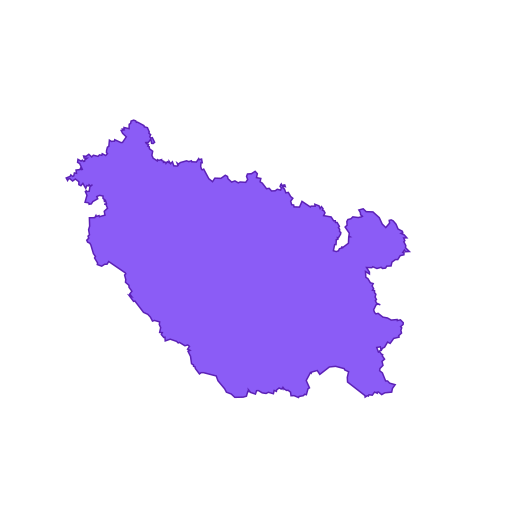 Tamazula de Gordiano, Jalisco, Mexico (Equal Earth projection), rotated 137°
{"feature_id": "50627088B40756247802692", "entity_name": "Tamazula de Gordiano", "entity_type": "district", "adm_level": 2, "iso_a3": "MEX", "parent_name": "Mexico", "parent_adm1": "Jalisco", "projection": "equal_earth", "projection_center": [-103.178, 19.686], "detail": "fine", "context": "isolated", "style": "filled", "palette": "violet", "viewbox_px": 512, "rotation_deg": 137, "n_neighbors": 0, "source": "geoboundaries", "source_scale": "gbopen_adm2", "svg_char_len": 6143}
<svg xmlns="http://www.w3.org/2000/svg" viewBox="0 0 512 512"><g transform="rotate(137 256 256)"><path d="M145.4,217.4L149.4,219.5L150.0,216.7L151.4,214.8L151.1,212.5L151.9,212.6L154.9,214.3L158.5,218.6L161.2,218.5L163.9,220.0L166.0,219.3L168.4,216.4L171.1,216.4L172.2,209.1L174.5,207.2L174.1,205.9L175.2,206.7L179.7,202.3L186.5,203.0L187.2,204.6L187.3,203.1L190.0,204.4L192.2,203.6L194.3,204.5L195.8,207.1L190.7,210.7L189.7,209.8L186.1,213.2L184.8,212.4L183.9,213.9L183.4,213.1L179.2,214.3L177.9,215.4L178.2,216.9L176.6,218.5L176.4,220.5L174.8,220.8L173.8,225.2L175.0,226.3L174.0,227.7L175.2,228.8L174.4,233.3L179.0,239.4L176.1,240.5L175.5,243.0L176.1,244.2L174.7,244.9L174.5,247.5L176.7,247.0L175.7,249.7L177.7,253.7L178.8,252.1L181.7,254.9L182.8,254.8L185.1,264.6L190.8,262.1L194.7,266.0L193.7,267.6L194.9,269.2L193.3,272.4L189.7,273.1L190.1,275.8L189.0,280.5L191.1,281.8L189.5,285.7L189.9,286.9L188.9,288.8L187.3,286.7L186.5,288.4L189.4,290.5L188.6,291.4L189.1,291.4L191.0,290.4L190.9,288.6L193.1,287.4L194.9,290.3L197.5,290.6L200.3,293.0L200.2,296.5L202.4,298.0L201.7,305.0L202.4,307.5L199.6,309.4L202.2,313.0L198.9,315.3L198.9,318.5L203.2,319.3L206.3,321.8L208.6,320.7L209.9,317.6L213.3,316.9L217.2,321.0L219.1,321.6L220.2,325.3L223.4,326.7L223.8,331.6L222.6,333.6L223.4,336.0L228.7,336.7L233.0,341.0L237.1,340.0L237.8,344.7L235.0,355.2L236.6,355.7L236.6,356.8L235.4,359.2L232.6,361.7L231.7,360.9L229.7,364.0L231.8,365.2L231.5,366.3L235.5,365.4L238.7,368.7L238.3,369.7L240.7,370.8L241.9,373.0L247.7,376.0L250.0,376.0L250.3,377.7L251.3,375.3L252.4,375.6L254.6,378.0L252.9,381.9L255.5,381.7L255.0,384.6L256.0,383.7L256.5,385.4L258.7,385.1L258.2,386.2L259.8,387.5L258.9,388.0L259.9,390.3L259.3,390.9L261.8,392.2L262.3,393.6L263.4,392.9L264.5,397.7L263.5,400.6L260.1,403.1L260.8,407.1L259.6,408.7L260.2,410.2L258.5,410.8L259.5,412.9L259.2,414.1L257.3,412.5L253.3,413.2L255.5,409.6L254.5,408.4L252.6,408.3L251.1,413.3L252.5,414.0L252.4,415.7L250.3,416.6L250.6,418.8L249.4,419.6L247.9,423.9L249.6,426.7L249.0,427.8L251.4,434.8L252.3,435.3L251.8,436.8L252.8,438.8L255.3,439.9L257.3,438.5L258.9,438.8L262.0,435.7L264.9,440.0L265.7,438.9L267.0,439.8L266.8,438.4L269.0,439.8L269.9,436.7L269.6,431.6L276.2,430.1L277.4,431.0L280.0,437.4L281.1,436.5L283.6,438.4L284.2,440.7L288.8,436.6L290.5,436.9L293.3,435.1L294.8,433.7L294.8,432.2L297.4,432.0L298.7,435.7L300.1,434.8L301.5,436.7L303.6,436.6L306.2,440.6L308.6,440.5L308.9,444.4L312.3,444.8L313.9,446.7L314.9,444.8L312.8,442.7L315.9,443.0L316.7,442.2L317.6,442.7L317.6,444.5L319.2,444.7L320.3,448.1L322.6,446.2L321.9,443.8L324.0,437.8L324.8,438.3L324.7,439.8L325.8,439.3L329.0,441.6L330.9,438.9L332.2,440.6L334.6,438.9L335.8,439.2L336.1,441.6L337.6,441.0L341.6,442.5L342.3,439.7L340.7,440.3L339.4,439.5L339.0,435.9L335.6,435.5L334.9,431.1L336.9,429.0L336.1,426.8L333.1,427.2L334.4,421.6L331.6,422.9L330.7,421.6L329.5,422.0L329.5,420.1L326.9,419.7L330.3,419.9L333.8,417.1L335.8,418.5L335.6,419.5L336.9,419.5L338.2,415.7L344.4,411.9L342.6,409.7L342.1,408.0L342.7,407.6L340.9,406.4L338.3,407.1L332.7,405.8L331.9,408.1L329.0,407.0L327.0,404.2L328.6,402.5L328.1,398.8L328.8,400.5L329.7,399.2L328.7,398.3L329.7,396.2L331.7,397.4L330.5,396.2L332.0,392.2L336.5,392.2L338.6,388.9L343.7,391.5L343.2,392.6L345.8,393.8L345.4,394.8L347.8,394.0L351.8,397.6L357.3,391.3L360.5,389.4L363.3,385.1L365.3,385.1L366.2,383.1L369.0,383.0L369.7,381.0L368.8,378.6L369.3,376.6L373.3,368.6L373.8,365.1L375.4,364.7L376.6,358.9L377.9,358.0L375.8,353.8L372.4,353.2L370.5,351.6L367.5,352.4L363.1,332.8L363.4,331.8L365.1,331.7L367.3,327.6L369.4,325.8L368.9,321.3L370.2,319.7L370.8,314.9L374.3,314.3L374.6,311.3L375.7,313.7L376.5,306.3L375.3,305.6L376.7,291.5L374.9,287.1L374.9,283.5L376.1,279.0L374.2,278.1L371.4,273.5L373.5,271.8L374.5,268.7L378.6,265.8L376.8,263.9L378.8,263.2L379.0,259.3L378.0,258.7L380.3,255.8L375.5,253.7L372.3,247.7L372.2,245.5L370.9,245.0L369.2,238.8L366.6,237.5L366.3,235.3L369.6,234.5L368.6,232.0L370.7,232.7L372.3,227.3L376.6,221.2L376.0,219.0L376.9,217.9L376.2,216.5L377.1,215.1L377.8,208.3L375.7,208.1L373.9,206.4L366.9,195.4L368.9,190.7L369.5,180.2L370.5,176.6L368.2,171.9L367.9,167.1L361.6,161.5L358.6,160.0L354.3,162.6L353.8,161.8L352.8,163.2L353.0,159.9L350.6,155.4L347.4,157.1L346.0,155.9L344.8,151.7L342.4,148.6L339.9,147.9L337.2,143.4L334.4,145.3L333.4,143.1L332.3,144.0L329.1,143.7L328.3,141.5L326.7,141.4L326.9,140.6L325.9,141.3L326.1,139.5L325.3,136.8L324.1,135.9L323.6,132.9L325.7,129.9L323.4,127.9L321.4,123.5L320.3,123.9L316.7,121.6L314.6,121.6L313.8,120.2L308.6,123.4L306.8,123.1L304.2,130.7L295.7,133.6L295.6,132.6L294.3,133.1L289.3,130.5L290.1,125.9L278.0,124.8L273.0,121.0L268.3,113.5L268.8,112.1L267.2,108.2L272.0,105.0L275.0,101.4L271.5,79.6L272.4,78.4L269.8,77.9L269.3,76.9L268.0,77.5L265.9,74.9L262.1,75.6L261.0,73.2L260.7,73.9L259.2,73.0L258.6,68.9L255.1,68.1L249.6,63.9L246.5,66.1L242.0,67.0L245.0,71.9L245.0,74.8L246.4,76.3L243.3,84.3L243.8,87.8L242.1,89.2L237.7,89.4L235.7,93.0L232.3,92.9L231.8,96.7L230.6,97.5L231.2,98.6L230.8,101.7L232.0,102.2L230.1,106.8L227.0,104.8L228.6,102.0L229.5,102.1L228.8,101.5L226.5,102.3L224.2,101.6L218.5,103.3L217.5,100.6L211.5,101.8L206.7,99.1L205.9,100.4L202.1,100.4L200.7,102.9L198.4,104.1L198.4,105.7L195.1,105.6L193.8,106.8L193.9,110.8L196.7,112.4L196.1,113.3L200.8,116.9L202.1,121.0L204.9,124.8L205.8,130.8L207.8,131.9L207.8,133.8L206.7,136.4L201.5,138.4L199.6,137.7L198.4,135.5L200.0,139.3L199.2,141.9L197.6,142.0L196.9,144.7L194.4,146.3L194.4,148.2L192.9,149.9L194.1,151.5L192.2,152.0L191.5,154.9L189.1,155.9L190.6,158.4L189.6,163.2L190.2,165.5L186.5,170.0L185.3,165.5L184.0,166.9L183.0,172.2L179.3,168.5L177.9,168.5L176.1,164.4L172.2,162.4L172.0,160.6L169.5,158.8L167.3,159.4L164.0,156.6L160.8,158.8L156.5,158.3L154.8,156.7L150.3,157.9L147.0,156.0L145.5,157.5L146.2,158.5L143.4,159.2L143.8,157.2L140.8,154.7L141.0,160.1L139.3,161.5L138.2,165.6L136.7,165.7L135.7,168.5L133.3,166.4L133.2,170.4L134.5,173.6L132.8,172.9L132.1,174.3L133.7,178.9L131.9,183.8L131.7,188.1L132.5,190.2L134.3,191.2L135.8,189.0L141.7,188.3L141.9,193.3L139.7,200.0L140.4,208.5L145.2,213.3L145.4,217.4Z" fill="#8b5cf6" stroke="#5b21b6" stroke-width="1.5"/></g></svg>